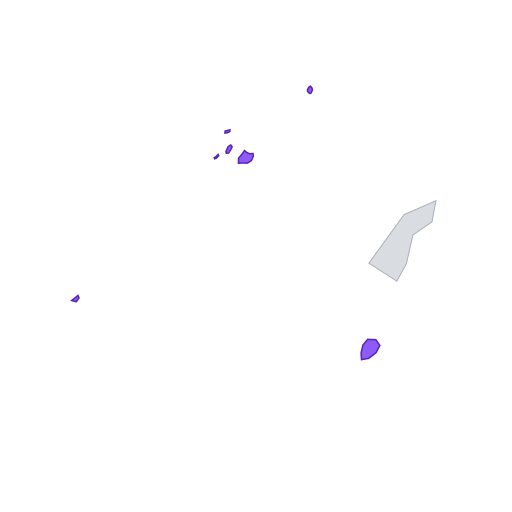 La Digue and Inner Islands on a map of Seychelles (Mercator projection), rotated 248°
{"feature_id": "SYC-5212", "entity_name": "La Digue and Inner Islands", "entity_type": "state/province", "adm_level": 1, "iso_a3": "SYC", "parent_name": "Seychelles", "parent_adm1": "", "projection": "mercator", "projection_center": [55.767, -4.192], "detail": "fine", "context": "in_parent", "style": "filled", "palette": "violet", "viewbox_px": 512, "rotation_deg": 248, "n_neighbors": 0, "source": "natural_earth", "source_scale": "10m", "svg_char_len": 1026}
<svg xmlns="http://www.w3.org/2000/svg" viewBox="0 0 512 512"><g transform="rotate(248 256 256)"><path d="M238.9,408.7L239.9,443.6L221.7,431.9L216.7,409.3L192.4,392.5L179.9,377.1L207.1,358.0L238.9,408.7Z" fill="#d9dde1" stroke="#a8b0b8" stroke-width="1"/><path d="M133.5,335.8L126.6,337.3L121.4,331.1L118.9,322.0L120.4,315.0L126.7,317.1L133.4,321.8L136.9,328.3L133.5,335.8ZM348.6,274.5L353.2,276.4L355.7,281.2L358.1,284.9L355.6,286.1L353.2,288.4L352.2,291.6L349.5,290.9L346.2,287.5L345.3,282.9L347.3,278.3L348.6,274.5ZM362.4,266.9L364.2,267.3L367.9,271.2L368.4,274.2L366.2,274.8L364.2,272.6L361.7,269.1L362.4,266.9ZM389.3,365.5L390.9,366.0L392.8,368.4L393.1,370.1L391.1,370.8L388.9,370.6L386.6,368.3L386.4,366.9L387.7,366.0L389.3,365.5ZM283.8,68.4L286.1,76.2L283.4,76.2L280.9,72.2L283.8,68.4ZM381.7,273.2L383.5,274.3L383.1,276.6L382.7,279.1L381.3,278.4L380.9,275.6L381.7,273.2ZM361.6,254.0L362.8,254.1L363.2,256.5L364.4,258.9L363.0,259.0L361.6,256.1L361.6,254.0Z" fill="#8b5cf6" stroke="#5b21b6" stroke-width="1.5"/></g></svg>